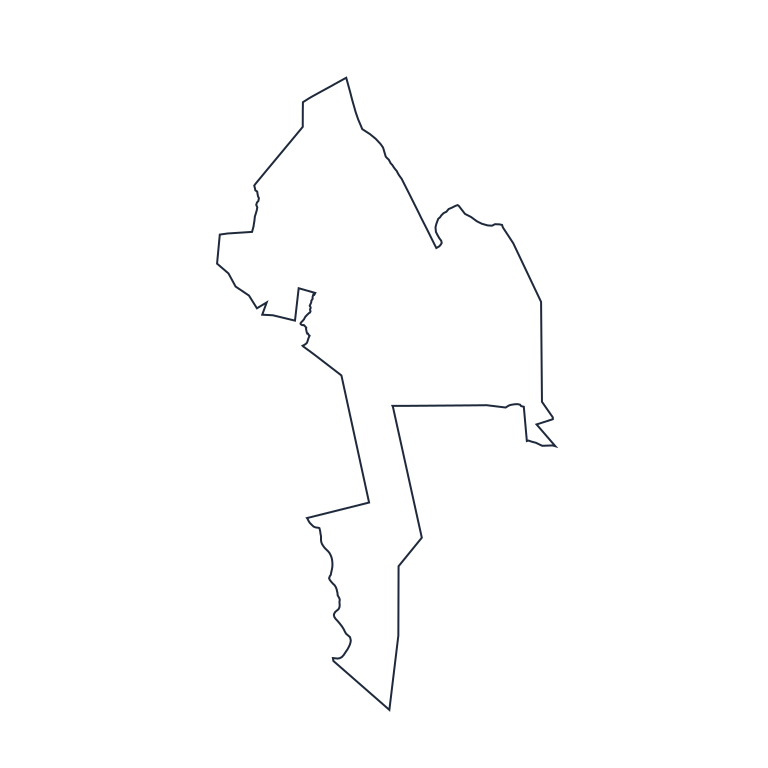 outline of San Agustín Amatengo, Oaxaca, Mexico, rotated 240°
{"feature_id": "50627088B33548030742406", "entity_name": "San Agustín Amatengo", "entity_type": "district", "adm_level": 2, "iso_a3": "MEX", "parent_name": "Mexico", "parent_adm1": "Oaxaca", "projection": "orthographic", "projection_center": [-96.811, 16.52], "detail": "fine", "context": "isolated", "style": "outline", "palette": "slate", "viewbox_px": 768, "rotation_deg": 240, "n_neighbors": 0, "source": "geoboundaries", "source_scale": "gbopen_adm2", "svg_char_len": 3789}
<svg xmlns="http://www.w3.org/2000/svg" viewBox="0 0 768 768"><g transform="rotate(240 384 384)"><path d="M571.7,299.6L557.5,304.6L542.6,304.2L528.1,311.3L513.1,311.8L513.3,323.2L504.9,313.2L499.1,322.1L483.4,338.6L509.6,358.0L497.2,370.0L496.1,368.2L496.8,367.6L496.4,367.0L495.1,365.7L493.3,364.6L492.6,362.9L491.0,361.7L490.1,360.5L488.9,358.8L487.2,358.8L486.5,358.5L485.7,357.3L485.0,357.0L483.7,356.7L482.9,355.6L482.9,354.4L482.4,352.3L481.6,349.6L481.0,348.5L480.0,347.0L479.3,345.0L478.9,343.4L478.3,342.1L477.7,341.8L477.1,341.9L476.3,342.3L475.5,343.1L475.2,344.0L474.2,344.3L473.0,344.6L471.5,344.8L470.8,344.0L469.0,343.5L468.0,343.1L466.0,342.7L465.6,343.4L464.1,343.3L463.0,343.7L462.4,342.8L461.6,341.7L460.0,339.9L459.3,339.2L458.3,338.0L457.9,336.8L457.7,334.8L457.8,332.6L457.0,332.8L444.2,338.4L412.7,351.4L288.8,311.8L306.4,250.3L305.7,250.4L303.4,250.2L300.9,250.3L298.5,250.9L295.8,251.7L294.4,252.7L293.3,253.9L292.6,255.0L291.5,256.0L290.3,255.7L289.1,255.3L288.1,255.0L286.5,254.3L285.3,253.9L283.4,253.2L281.7,252.2L280.2,251.3L278.2,250.6L276.3,250.3L274.3,250.4L272.1,250.6L269.3,251.3L267.3,251.9L264.8,252.3L262.4,252.2L260.3,251.9L258.2,251.3L256.0,250.4L253.4,249.1L251.3,247.7L249.5,246.2L247.9,244.7L245.3,242.4L244.6,240.9L243.2,239.3L241.3,239.1L238.7,239.5L236.4,240.0L234.5,240.6L232.2,240.7L229.7,240.3L228.3,239.8L226.5,239.3L224.1,238.2L220.9,238.2L219.2,237.8L217.5,236.4L214.7,235.1L212.7,233.6L211.7,231.9L211.0,227.8L209.9,225.9L208.9,225.0L206.9,224.5L204.6,224.7L201.6,225.4L198.1,226.0L195.0,226.4L191.5,226.5L189.2,226.3L186.7,226.3L183.8,227.3L181.8,228.0L180.3,227.6L178.5,227.0L177.1,225.9L175.5,224.3L174.2,222.5L172.6,220.0L171.3,217.3L169.4,213.5L168.6,210.9L168.7,208.5L169.5,206.4L170.5,205.1L172.2,202.7L169.4,201.7L99.1,225.7L158.9,270.6L218.9,305.5L232.0,339.9L359.4,380.2L360.8,380.4L353.0,394.0L323.1,446.7L314.3,462.3L311.6,465.9L302.8,477.6L302.9,479.8L302.9,481.8L302.3,484.0L301.1,487.1L299.7,489.7L298.0,491.5L296.3,491.7L294.4,493.7L263.2,479.2L262.8,480.8L260.4,482.9L257.1,486.2L251.4,490.1L246.5,499.3L244.4,501.3L272.7,495.9L269.1,512.6L270.7,513.5L289.6,511.9L376.6,561.1L441.2,566.3L448.8,565.9L458.8,565.3L460.6,565.3L462.7,565.8L464.6,563.7L466.9,560.0L467.1,556.7L469.4,553.2L473.7,549.0L477.2,546.6L478.9,545.6L485.1,542.9L490.8,539.2L495.2,538.6L501.0,537.8L502.1,537.2L502.5,535.2L502.7,532.2L502.8,530.4L503.2,527.5L502.0,524.2L502.2,521.0L501.3,517.8L500.3,515.8L500.0,513.7L498.1,511.3L496.3,509.2L493.9,506.9L489.7,505.0L486.2,504.8L482.4,504.8L479.5,505.2L477.3,504.5L476.4,503.0L475.6,500.8L475.6,498.8L475.6,497.3L479.3,497.5L490.7,498.2L491.9,498.3L493.6,498.4L495.1,498.5L510.0,499.3L516.8,499.8L517.2,499.8L525.5,500.3L536.9,501.0L546.2,501.5L551.5,501.8L552.7,501.9L557.1,501.4L560.1,501.4L562.4,501.5L564.2,501.1L564.4,501.1L567.0,500.8L569.6,500.7L570.3,500.5L571.9,500.1L572.9,500.2L573.6,500.2L575.9,500.3L578.1,499.6L580.1,499.2L586.7,500.8L589.2,501.4L591.7,501.2L593.6,501.0L599.7,499.6L600.1,499.5L600.5,499.4L607.4,496.8L612.1,494.4L615.6,492.6L618.4,493.0L625.9,493.9L626.4,494.0L632.7,495.2L634.9,495.7L638.0,496.5L644.4,498.1L646.7,498.7L654.6,500.9L655.4,501.1L668.1,504.4L668.2,500.6L668.4,491.3L668.4,487.8L668.5,484.3L668.7,476.0L668.8,471.2L668.9,465.9L668.9,462.2L668.7,457.6L668.6,454.7L660.9,450.1L655.2,446.8L653.0,445.5L647.3,442.2L646.6,440.3L641.5,426.5L641.1,425.5L640.0,422.5L639.8,421.9L637.8,416.5L632.7,402.7L631.4,399.2L628.1,390.2L622.8,376.0L621.6,372.8L620.7,370.8L618.0,370.1L616.0,369.4L614.1,370.4L611.2,369.3L609.4,368.7L607.5,368.6L605.3,366.7L604.7,364.7L603.0,362.9L600.3,362.6L597.8,360.4L595.7,358.2L593.6,355.9L589.9,353.2L587.4,351.1L585.9,350.0L581.7,345.8L592.6,323.7L595.5,316.5L571.7,299.6Z" fill="none" stroke="#1e293b" stroke-width="2"/></g></svg>